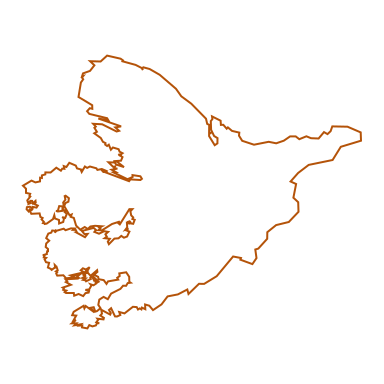 Bergen nor, Hordaland, Norway
{"feature_id": "86288312B18429617226236", "entity_name": "Bergen nor", "entity_type": "district", "adm_level": 2, "iso_a3": "NOR", "parent_name": "Norway", "parent_adm1": "Hordaland", "projection": "natural_earth1", "projection_center": [5.29, 60.365], "detail": "fine", "context": "isolated", "style": "outline", "palette": "amber", "viewbox_px": 384, "rotation_deg": 0, "n_neighbors": 0, "source": "geoboundaries", "source_scale": "gbopen_adm2", "svg_char_len": 5823}
<svg xmlns="http://www.w3.org/2000/svg" viewBox="0 0 384 384"><path d="M324.0,132.1L318.6,138.5L311.0,138.2L306.4,136.3L299.3,139.2L295.7,136.4L290.1,136.4L283.8,140.7L276.2,143.3L268.7,141.8L254.0,144.7L242.2,140.8L239.0,135.7L239.3,132.6L232.0,130.9L227.9,127.4L226.7,128.7L223.3,124.8L220.9,124.9L220.6,120.7L212.0,116.4L212.4,119.1L210.8,121.1L211.1,129.8L214.1,136.0L217.5,138.1L217.4,143.4L214.7,145.2L209.1,136.1L209.1,133.2L211.3,133.3L209.1,132.1L209.2,124.8L207.2,123.9L206.0,118.7L191.3,103.7L181.3,96.3L176.0,88.8L159.7,74.8L149.6,69.0L143.3,67.3L142.2,68.7L142.9,70.1L141.7,68.0L135.6,64.9L122.5,61.3L123.0,60.4L120.6,58.7L107.1,55.6L100.6,61.5L90.1,61.2L94.4,65.3L90.0,70.9L83.0,73.4L82.0,76.5L83.2,76.1L82.0,77.6L83.2,79.3L80.9,82.5L78.5,97.0L92.2,105.2L92.3,108.8L89.8,108.2L87.1,111.2L89.3,113.9L107.1,118.2L108.4,120.4L98.3,118.5L121.1,126.4L115.3,127.4L119.1,130.8L116.6,131.5L102.2,124.3L93.2,123.8L95.8,126.6L94.4,127.8L96.9,131.8L94.3,133.3L100.8,138.0L102.9,141.8L105.5,143.1L105.2,144.6L107.1,146.0L108.8,144.7L110.9,149.7L112.9,147.5L118.6,149.2L119.6,151.7L122.5,153.2L120.1,154.9L118.5,154.1L119.7,155.5L121.9,155.6L120.6,155.9L122.5,157.1L121.0,160.7L113.3,161.2L117.2,161.8L124.0,167.1L116.1,164.5L114.7,162.5L108.5,162.3L113.1,166.8L115.0,166.5L114.2,168.2L117.4,168.6L111.7,169.7L116.0,172.2L113.6,172.5L127.5,179.2L132.6,177.0L132.5,175.1L140.4,176.3L141.9,178.8L140.4,180.0L130.4,179.4L129.1,181.2L105.9,172.5L107.6,171.7L103.4,172.0L102.4,170.9L105.1,170.4L101.8,169.0L97.4,169.9L96.4,168.3L89.9,166.5L87.1,167.9L84.9,166.5L81.7,172.0L80.9,170.1L82.2,169.8L77.0,168.4L75.8,165.6L69.3,162.8L66.4,167.0L63.8,166.1L64.4,168.8L62.3,168.6L60.9,170.7L56.3,167.7L50.6,172.5L45.4,172.4L45.3,174.4L41.9,175.4L41.9,178.0L40.1,177.7L40.0,181.4L35.4,182.4L31.5,180.6L23.0,185.7L26.0,188.7L26.0,192.9L30.2,193.8L29.4,195.9L30.3,196.5L27.3,200.4L27.9,202.4L29.6,201.9L28.8,203.8L30.6,203.1L29.7,201.5L30.6,200.8L32.1,200.9L32.9,203.3L35.5,200.9L35.7,202.5L33.7,203.8L37.8,205.6L36.5,207.6L32.7,206.9L32.5,209.1L31.5,210.2L30.0,210.1L32.2,208.2L29.8,206.7L26.9,207.2L26.6,209.3L28.6,211.4L29.4,209.9L31.3,213.8L39.6,213.4L40.4,216.9L42.6,218.0L41.6,219.4L43.8,221.8L43.0,223.1L45.7,223.6L43.9,224.1L46.7,223.6L53.0,219.1L54.3,215.2L55.0,218.5L59.0,220.0L59.1,223.5L63.2,222.0L64.0,218.5L62.2,217.1L65.2,217.9L66.8,213.9L64.7,212.0L65.5,211.3L63.2,209.4L62.6,210.8L57.9,211.5L55.9,210.9L57.8,211.0L59.2,206.1L62.6,206.4L62.5,208.2L63.9,207.1L63.2,202.5L65.4,199.7L64.7,196.1L65.6,195.7L68.9,198.2L68.4,201.7L65.5,203.0L64.2,206.0L69.6,215.3L71.6,214.5L70.8,216.9L73.8,217.9L76.1,225.6L80.3,229.7L84.7,227.0L87.8,229.0L90.4,226.5L95.0,225.8L101.8,226.3L99.3,227.5L100.4,228.2L98.5,230.1L102.0,230.3L112.0,224.0L119.8,221.5L118.1,223.0L119.8,224.4L129.4,209.1L132.4,209.1L130.4,211.3L131.2,215.4L133.2,217.4L132.4,219.0L134.7,219.8L133.2,223.8L129.1,223.2L130.3,222.1L129.6,221.3L127.9,221.9L128.3,223.3L126.9,222.9L127.2,227.3L125.5,229.6L128.4,228.4L126.3,230.4L129.4,231.6L127.1,236.5L123.9,237.7L121.3,235.9L118.5,238.3L114.4,238.6L108.9,244.2L107.8,241.7L109.8,238.8L104.7,238.2L106.8,236.7L105.4,234.3L108.1,231.9L104.1,231.2L99.0,233.7L94.4,231.9L95.9,229.9L93.7,227.9L81.9,231.0L84.5,234.1L87.6,233.9L85.0,237.2L76.0,232.3L76.8,232.1L75.7,229.9L73.1,229.9L74.6,228.5L70.9,228.4L65.5,230.2L63.7,228.7L56.4,230.8L55.0,229.8L56.2,231.1L54.8,232.6L55.3,230.8L52.2,230.5L51.3,232.6L48.3,233.6L46.2,238.1L49.2,240.7L46.2,243.5L45.7,247.0L48.0,249.0L48.0,251.2L46.4,251.3L47.3,251.7L46.5,253.9L47.7,253.8L42.8,255.2L44.6,255.5L43.8,257.4L46.1,257.9L44.6,259.4L46.0,262.2L49.1,262.8L47.9,267.5L51.7,269.3L51.0,270.4L55.1,267.3L54.8,265.0L55.6,265.8L55.1,267.7L56.6,267.0L57.7,270.2L55.9,271.4L57.2,272.2L56.2,273.5L57.2,275.6L63.4,275.3L66.1,278.3L74.9,277.3L70.6,275.4L81.3,272.9L83.4,271.9L80.8,270.3L82.9,268.3L85.9,269.5L89.6,267.2L87.5,270.7L87.8,272.3L86.4,270.6L84.1,272.9L88.1,273.1L90.6,275.8L97.1,270.2L97.4,271.9L94.0,274.8L98.1,276.8L98.6,279.2L103.7,280.1L106.5,283.9L108.0,281.4L118.2,279.6L117.2,277.8L119.7,276.0L119.3,273.4L126.2,272.3L129.2,276.8L129.3,281.8L130.6,282.7L127.7,283.1L126.1,285.8L123.1,285.7L120.4,288.9L111.1,293.6L107.8,299.2L103.6,296.9L99.3,299.6L98.3,304.9L100.5,308.2L97.0,311.1L95.3,311.6L93.7,307.2L90.6,307.8L94.5,312.4L85.7,306.0L84.4,308.4L83.6,305.8L73.7,311.8L72.2,315.2L76.2,315.6L73.4,320.6L75.9,320.1L71.9,323.3L76.5,323.3L74.5,325.3L80.7,324.3L79.2,325.6L82.3,325.4L82.0,327.4L87.4,328.4L89.3,325.1L92.4,326.4L95.9,325.4L97.1,323.1L99.3,323.3L96.3,322.3L98.2,319.8L97.4,318.7L103.5,319.4L103.9,317.9L100.3,315.5L102.0,313.6L101.2,309.7L110.2,314.6L110.8,313.1L109.0,310.0L111.1,308.2L115.0,316.4L117.0,316.5L120.3,315.0L119.2,312.0L124.5,313.4L132.9,306.8L136.7,307.1L138.0,309.5L139.8,308.4L141.4,309.4L141.9,307.6L145.3,309.2L145.1,304.5L149.3,305.7L153.0,310.1L161.5,304.4L167.6,296.4L177.9,294.4L187.3,289.5L188.5,294.0L199.0,283.8L204.1,283.9L216.7,276.2L233.1,256.5L241.0,258.0L240.4,259.7L252.4,264.1L256.5,258.1L255.3,249.5L258.3,248.6L267.2,238.8L267.3,232.2L276.1,225.1L288.8,222.0L298.5,211.8L298.2,202.2L293.4,197.7L296.1,184.0L290.6,181.5L298.1,173.0L308.7,164.9L332.6,160.0L340.8,146.8L361.0,140.7L360.7,132.4L347.5,126.7L332.3,126.4L330.6,131.2L327.5,134.1L324.0,132.1ZM83.2,273.0L73.7,275.1L79.4,274.8L76.9,276.9L78.9,278.0L77.9,278.6L65.5,279.3L67.2,281.3L65.9,282.1L70.9,284.8L62.8,287.6L63.9,288.3L63.2,289.8L66.3,290.6L64.6,292.1L66.0,293.0L73.8,293.0L74.2,295.7L78.6,294.0L83.2,296.1L85.5,293.1L88.6,292.6L89.1,291.0L85.4,289.9L89.2,289.4L91.4,285.5L90.5,284.3L93.5,285.3L96.2,283.5L94.8,279.5L96.8,282.7L98.6,281.7L93.7,277.1L93.5,279.3L91.9,276.2L90.3,277.7L90.8,279.0L85.2,281.7L86.8,280.6L83.2,279.9L85.6,278.3L82.5,277.9L85.3,276.3L85.2,275.0L82.7,275.1L84.1,274.4L83.2,273.0Z" fill="none" stroke="#b45309" stroke-width="2"/></svg>